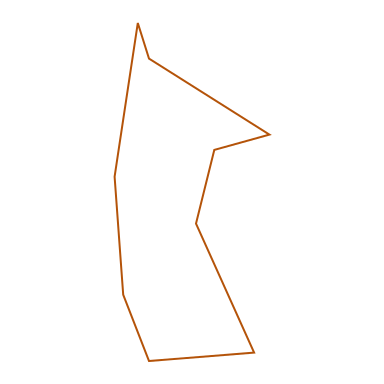 outline of Anse Royale
{"feature_id": "SYC-5202", "entity_name": "Anse Royale", "entity_type": "state/province", "adm_level": 1, "iso_a3": "SYC", "parent_name": "Seychelles", "parent_adm1": "", "projection": "albers", "projection_center": [55.515, -4.746], "detail": "fine", "context": "isolated", "style": "outline", "palette": "amber", "viewbox_px": 384, "rotation_deg": 0, "n_neighbors": 0, "source": "natural_earth", "source_scale": "10m", "svg_char_len": 257}
<svg xmlns="http://www.w3.org/2000/svg" viewBox="0 0 384 384"><path d="M269.4,134.6L214.3,149.9L196.0,223.6L254.1,352.6L149.0,361.0L123.2,294.7L114.6,176.7L118.7,149.4L137.8,23.0L149.0,58.6L269.4,134.6Z" fill="none" stroke="#b45309" stroke-width="2"/></svg>